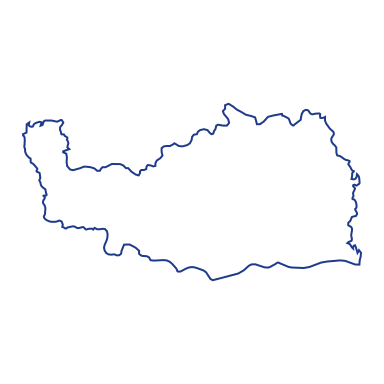 the Region of Kédougou
{"feature_id": "SEN-5515", "entity_name": "Kédougou", "entity_type": "Region", "adm_level": 1, "iso_a3": "SEN", "parent_name": "Senegal", "parent_adm1": "", "projection": "albers", "projection_center": [-12.553, 12.877], "detail": "fine", "context": "isolated", "style": "outline", "palette": "blue", "viewbox_px": 384, "rotation_deg": 0, "n_neighbors": 0, "source": "natural_earth", "source_scale": "10m", "svg_char_len": 5499}
<svg xmlns="http://www.w3.org/2000/svg" viewBox="0 0 384 384"><path d="M281.9,113.9L282.3,115.6L283.6,115.9L287.6,117.9L288.7,118.7L289.3,119.9L290.3,122.9L290.9,123.9L292.7,125.4L293.6,125.5L294.4,124.6L300.7,119.8L301.1,116.8L301.9,113.7L303.4,111.1L305.7,109.9L307.9,110.2L309.0,111.4L309.8,112.9L311.3,114.1L312.8,114.3L315.7,113.6L319.5,113.5L320.2,114.1L320.0,116.3L320.4,117.9L322.0,118.0L323.9,117.6L325.0,117.0L325.0,120.4L326.1,123.4L329.8,128.6L333.2,131.6L333.9,133.1L333.7,134.7L331.8,137.5L331.2,139.2L331.7,142.0L333.1,143.9L334.9,145.5L336.3,147.5L336.4,152.9L337.2,155.4L339.8,156.0L341.9,157.3L343.7,158.7L345.6,159.8L348.1,160.4L349.6,161.1L349.5,162.1L348.6,163.3L348.3,164.2L350.4,167.2L351.3,169.1L351.9,170.1L352.5,170.6L353.8,171.2L353.6,171.8L352.7,172.5L352.2,173.1L352.2,174.4L351.9,177.4L351.5,179.0L353.8,179.4L355.5,178.7L356.6,176.9L357.0,174.2L358.3,175.6L359.0,177.1L359.3,178.9L359.6,182.9L359.1,183.9L358.2,184.4L356.9,185.5L356.2,185.5L355.3,185.0L354.2,184.7L353.2,185.2L353.1,186.1L353.8,187.0L354.7,187.8L355.0,188.6L354.4,190.1L353.6,191.7L353.0,193.3L353.5,195.8L353.3,196.5L352.8,197.2L352.5,198.0L352.5,199.0L353.1,199.3L353.8,199.4L354.2,199.5L354.4,199.7L355.0,200.4L355.6,201.5L356.1,202.8L356.4,204.4L356.6,206.2L356.3,207.9L355.2,209.0L355.2,209.7L356.8,212.6L357.1,214.0L355.9,216.0L353.8,216.4L351.8,217.1L350.2,221.1L349.1,221.9L348.2,223.1L348.3,225.4L348.9,225.7L350.0,226.2L351.2,227.0L352.0,228.6L352.0,230.2L351.2,235.1L351.4,236.7L351.7,237.8L351.9,238.9L351.6,240.7L348.4,242.1L347.4,243.1L349.0,243.7L350.1,244.4L351.9,247.4L353.1,248.5L353.0,247.4L353.8,245.7L355.0,245.3L356.0,247.7L356.3,249.0L357.2,251.6L357.5,252.9L358.7,251.0L359.0,250.2L361.0,252.8L360.7,256.4L359.7,260.5L359.4,264.6L355.2,264.5L345.3,260.9L340.3,260.4L327.3,261.5L321.0,262.6L309.4,267.0L303.7,268.0L291.4,267.5L288.3,266.8L279.2,263.0L279.0,262.8L278.7,262.6L277.6,262.6L277.0,262.9L275.3,264.1L269.6,267.2L267.6,267.6L264.4,267.3L255.3,264.3L251.5,264.4L248.8,265.8L243.8,270.3L238.3,273.5L212.8,280.2L210.4,278.9L206.1,272.3L203.4,270.4L196.8,268.0L193.7,267.2L191.1,267.1L188.5,267.6L185.6,268.8L181.2,271.2L180.1,271.6L179.9,271.6L177.7,271.5L177.2,270.9L177.0,269.9L176.2,268.4L172.0,263.7L169.5,261.6L166.6,260.4L163.5,260.1L153.7,260.6L150.6,260.2L149.8,258.9L149.1,257.4L146.7,256.2L142.2,255.9L140.8,255.3L139.2,253.9L138.9,252.6L139.1,251.5L139.2,250.9L135.5,247.6L129.6,244.5L124.1,244.6L121.6,250.7L121.1,253.7L119.3,255.2L116.9,255.4L114.2,254.3L111.3,254.7L108.6,254.4L106.4,253.2L104.7,250.7L104.0,247.7L104.6,245.1L106.8,239.9L107.4,237.2L107.6,234.1L106.9,231.2L105.0,229.1L102.7,228.8L100.1,229.2L97.3,229.3L94.6,227.9L93.2,229.6L92.0,228.7L91.0,228.6L90.0,228.8L88.6,228.8L86.7,229.4L86.1,229.5L85.4,229.1L84.0,227.6L83.2,227.1L82.0,227.2L79.5,227.9L78.2,228.1L76.8,227.9L75.0,226.7L73.7,226.4L72.4,226.4L67.9,227.4L67.2,227.6L66.8,228.1L66.4,228.4L65.5,228.5L64.8,228.2L63.5,227.3L62.8,227.0L62.3,226.9L62.8,224.5L61.6,221.5L59.6,220.6L58.7,220.7L58.0,221.1L56.8,221.5L55.2,221.8L51.8,221.8L49.8,221.5L48.2,220.9L46.3,219.9L45.1,219.0L44.1,217.7L43.9,216.7L44.0,216.0L44.8,214.6L45.0,213.8L45.4,208.1L45.2,207.2L44.8,206.3L44.4,204.9L43.4,203.8L43.0,202.7L43.0,201.8L43.2,201.0L43.5,200.2L44.4,198.9L44.7,198.2L44.8,197.4L44.4,196.7L43.6,196.1L43.5,195.7L44.1,195.5L44.8,195.6L45.7,195.6L46.4,195.3L46.6,194.2L46.0,193.1L45.4,189.4L44.8,188.9L42.7,187.4L41.3,185.8L40.8,184.6L40.3,182.1L39.6,181.1L39.3,180.2L39.5,179.6L40.0,178.9L40.3,178.1L39.7,173.3L39.4,172.8L38.7,172.4L37.8,172.2L36.8,171.7L36.5,171.1L36.7,170.4L37.1,169.8L37.3,168.8L37.0,168.2L36.0,167.1L34.9,165.7L33.2,163.9L30.9,162.5L30.6,161.7L30.6,160.8L30.7,159.9L30.6,158.8L30.1,158.2L29.3,157.9L28.5,157.1L26.5,154.9L25.4,152.5L25.1,151.1L25.0,148.6L24.4,147.4L24.3,146.4L24.4,145.5L24.6,144.6L24.6,142.2L24.8,141.1L24.6,137.8L24.3,136.7L23.8,136.0L23.1,135.6L23.0,134.2L26.5,132.6L26.7,124.3L29.2,122.5L28.7,125.1L29.6,126.2L31.4,126.8L32.9,126.5L33.7,124.6L34.5,123.7L36.7,122.6L39.7,121.8L41.6,122.4L40.6,125.7L42.5,125.0L43.8,121.3L45.2,120.5L51.3,120.5L57.1,121.7L59.0,120.9L60.6,120.0L61.9,120.2L63.3,122.7L61.8,125.2L60.6,126.5L60.0,127.8L60.1,130.1L60.7,131.4L61.0,132.5L61.2,133.8L61.7,134.4L62.8,134.3L63.7,134.3L64.2,134.8L64.6,135.8L65.6,136.4L66.6,137.0L67.3,137.5L67.4,138.3L66.9,139.7L67.8,141.2L68.4,143.3L67.7,145.5L67.4,147.4L69.3,149.1L63.2,151.3L63.2,152.3L66.3,153.7L66.9,157.5L66.6,162.1L67.2,166.1L70.1,169.5L73.1,170.2L79.7,168.3L83.9,166.7L86.2,166.7L90.6,167.2L94.5,168.5L97.2,170.8L99.8,170.8L101.2,168.5L102.5,167.2L105.6,167.2L109.1,165.4L111.8,164.0L120.1,164.1L123.2,165.4L125.9,168.1L128.1,168.1L131.6,171.8L135.6,174.5L138.7,175.4L140.0,173.1L140.0,171.3L141.3,170.0L144.0,170.0L146.2,169.1L146.6,166.4L147.9,165.0L151.0,165.5L153.2,166.4L155.4,165.9L155.4,163.2L156.8,160.5L160.3,158.2L162.5,155.5L161.6,151.9L161.6,148.2L163.8,146.4L166.9,146.0L170.0,146.0L172.7,144.6L174.4,143.3L176.6,144.6L178.8,146.0L182.4,146.4L187.2,145.1L189.9,143.3L191.6,140.1L192.1,136.9L193.8,134.7L196.9,134.2L197.8,131.9L200.0,130.1L204.0,129.2L207.5,130.1L209.7,132.8L211.5,134.2L213.2,133.7L214.1,131.0L215.4,129.2L216.3,125.6L218.1,124.7L222.9,125.6L226.9,125.6L229.1,122.9L228.2,119.2L223.8,113.8L222.9,111.1L225.1,108.8L225.1,105.2L228.6,103.8L233.0,106.5L237.0,109.7L241.4,112.0L245.8,114.7L251.1,116.0L255.1,117.4L256.0,120.5L256.9,124.2L260.0,124.2L263.9,121.4L267.9,116.9L273.2,115.5L281.9,113.9Z" fill="none" stroke="#1e3a8a" stroke-width="2"/></svg>